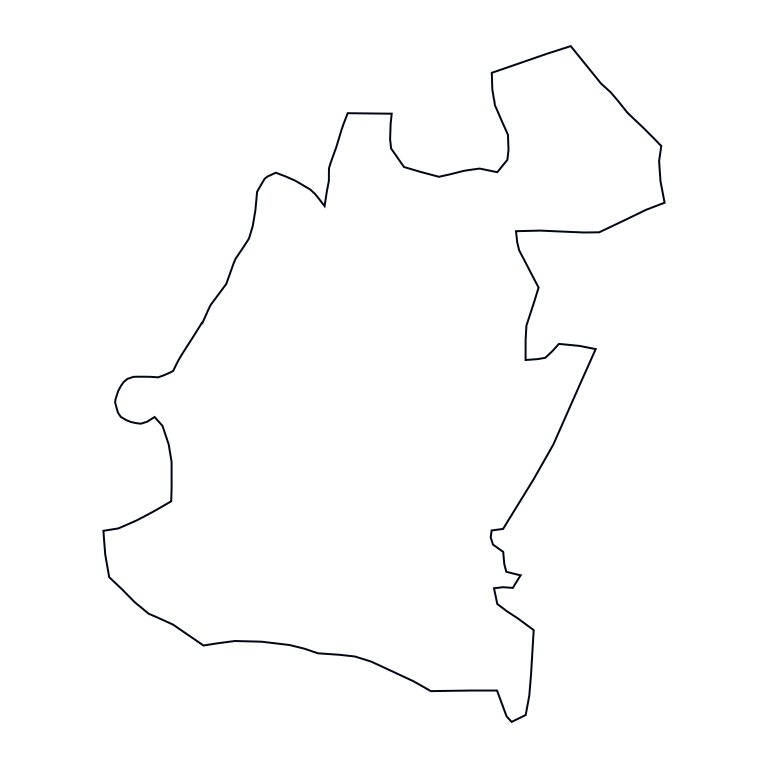 outline of Bereket, Balkan, Turkmenistan
{"feature_id": "10190150B43473123823457", "entity_name": "Bereket", "entity_type": "district", "adm_level": 2, "iso_a3": "TKM", "parent_name": "Turkmenistan", "parent_adm1": "Balkan", "projection": "natural_earth1", "projection_center": [55.542, 39.495], "detail": "fine", "context": "isolated", "style": "outline", "palette": "ink", "viewbox_px": 768, "rotation_deg": 0, "n_neighbors": 0, "source": "geoboundaries", "source_scale": "gbopen_adm2", "svg_char_len": 2589}
<svg xmlns="http://www.w3.org/2000/svg" viewBox="0 0 768 768"><path d="M104.2,530.7L103.4,530.8L104.1,540.2L105.2,554.3L109.2,577.2L121.5,588.8L134.8,602.3L148.8,613.8L156.8,617.2L173.0,624.6L187.0,634.2L203.5,645.5L217.5,643.3L234.9,641.0L261.5,641.7L289.5,645.0L304.4,648.7L317.9,653.3L339.6,654.8L354.9,656.5L371.2,661.6L411.6,680.4L412.1,680.5L430.8,691.1L432.6,691.1L472.7,690.5L497.0,690.5L501.3,702.1L506.6,716.4L511.6,721.9L525.7,715.0L529.3,695.5L531.0,675.0L532.5,650.0L533.7,630.1L519.3,619.5L519.3,619.4L506.4,610.9L497.3,604.0L494.0,588.3L502.9,587.2L512.9,587.9L514.8,584.6L520.6,575.3L520.3,575.3L506.3,571.8L504.3,564.1L503.2,551.9L493.0,544.6L490.7,537.4L491.6,530.5L503.1,528.9L519.0,503.0L533.6,479.3L553.3,444.6L571.7,403.0L583.4,376.6L595.7,349.1L579.5,345.9L558.9,343.9L552.0,351.5L545.3,357.8L537.7,359.1L525.6,360.0L525.6,340.4L526.4,325.7L534.3,301.5L538.6,287.6L534.4,279.6L526.0,263.4L519.1,250.2L517.2,242.2L516.0,231.2L540.3,230.6L565.2,231.7L583.9,232.5L599.2,232.3L611.0,226.7L632.5,216.4L645.8,209.9L664.6,202.7L660.5,181.3L659.1,161.0L661.3,145.8L660.4,145.0L660.2,145.0L654.0,138.5L645.5,130.0L643.1,127.6L634.1,119.1L627.4,112.7L618.1,101.0L610.8,92.4L601.0,83.5L570.7,46.1L546.2,54.0L491.8,72.8L492.0,79.3L492.2,86.1L492.4,90.1L493.3,95.4L493.8,98.5L494.4,101.1L494.5,102.5L495.0,105.5L496.2,108.1L497.5,111.1L500.1,117.1L502.4,122.4L504.5,127.0L507.9,134.7L508.0,135.7L508.3,144.5L508.5,150.1L507.4,159.8L497.3,172.2L479.8,168.6L477.1,168.9L470.1,169.9L464.0,170.8L450.6,174.2L438.9,176.8L419.5,171.6L404.0,167.0L397.7,158.0L397.5,157.6L391.1,148.5L390.1,139.3L390.3,133.2L390.6,124.5L390.6,124.1L391.1,119.3L391.7,113.7L347.7,113.2L343.4,124.4L341.6,129.6L336.5,146.5L330.8,162.4L329.0,168.2L328.9,173.9L328.9,180.9L326.8,191.6L324.6,206.1L319.1,199.0L315.0,193.9L310.1,189.4L301.4,184.3L295.3,180.7L286.2,176.7L275.8,172.7L267.4,176.6L264.6,178.8L259.7,187.2L257.1,191.8L255.4,210.2L252.7,226.2L249.0,238.5L243.0,247.8L235.5,258.9L233.5,263.7L226.3,283.9L210.9,304.6L209.3,307.6L202.3,323.2L201.8,323.1L201.7,323.0L201.0,324.3L192.1,338.5L182.8,353.0L178.6,360.0L176.3,364.4L173.2,370.9L170.0,372.6L162.8,375.7L158.1,377.3L154.6,377.1L149.6,376.8L140.7,376.7L133.6,376.8L127.4,378.9L123.7,382.0L121.0,385.8L118.2,391.0L117.7,392.6L116.1,397.4L115.7,398.5L115.1,402.2L115.8,405.1L116.7,408.3L118.0,412.7L120.8,416.9L126.3,420.1L130.6,421.9L135.9,423.1L140.9,423.7L147.2,421.7L154.6,417.0L162.5,425.9L168.7,444.4L171.6,462.0L171.6,488.5L171.2,501.3L153.9,511.3L136.7,520.4L118.4,528.4L104.2,530.7Z" fill="none" stroke="#020617" stroke-width="2"/></svg>